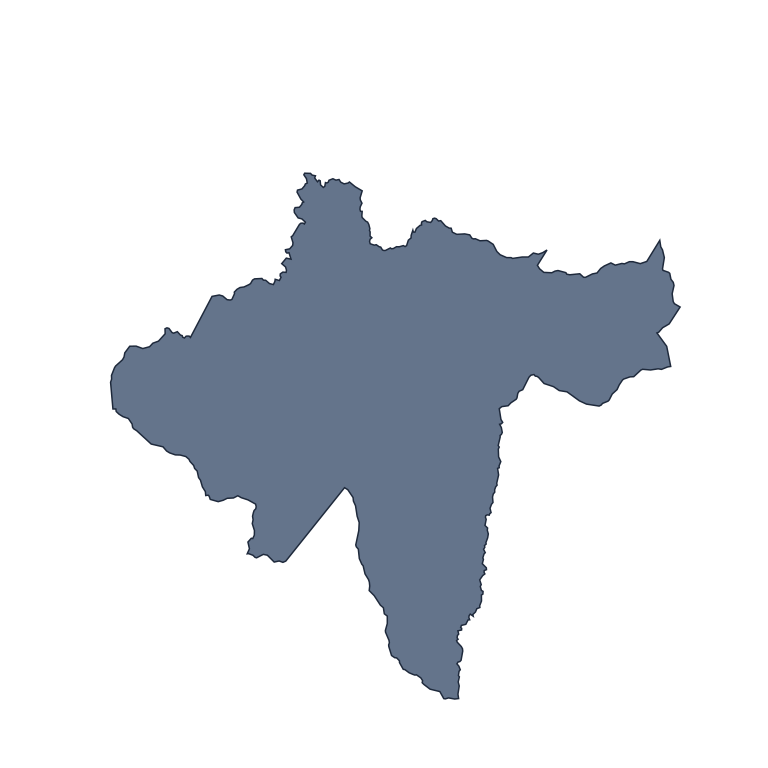 outline of Camapuã, Mato Grosso do Sul, Brazil, rotated 27°
{"feature_id": "56859067B86887033099940", "entity_name": "Camapuã", "entity_type": "district", "adm_level": 2, "iso_a3": "BRA", "parent_name": "Brazil", "parent_adm1": "Mato Grosso do Sul", "projection": "natural_earth1", "projection_center": [-53.845, -19.324], "detail": "fine", "context": "isolated", "style": "filled", "palette": "slate", "viewbox_px": 768, "rotation_deg": 27, "n_neighbors": 0, "source": "geoboundaries", "source_scale": "gbopen_adm2", "svg_char_len": 6170}
<svg xmlns="http://www.w3.org/2000/svg" viewBox="0 0 768 768"><g transform="rotate(27 384 384)"><path d="M566.4,523.8L564.5,523.7L561.7,520.7L561.7,518.6L558.2,515.1L558.9,509.9L560.1,507.4L558.6,506.3L558.0,504.7L559.6,502.9L558.6,501.3L553.2,499.5L552.2,495.1L551.0,494.1L550.3,490.0L550.8,488.3L547.7,486.0L548.0,483.8L546.9,482.3L547.7,480.2L546.8,479.1L546.2,474.0L545.0,470.2L542.4,467.4L541.7,465.3L538.2,464.2L536.5,458.2L534.9,456.7L534.4,455.1L535.4,453.7L537.3,453.1L537.1,451.5L537.8,450.0L534.9,446.6L534.4,442.4L534.9,440.1L532.0,435.4L531.3,432.4L531.8,430.1L530.6,428.0L530.2,424.8L530.7,422.8L529.5,421.3L527.4,413.0L523.5,407.6L524.7,406.3L523.7,404.7L523.3,400.1L519.2,396.9L515.4,390.1L515.3,387.9L513.7,387.0L511.6,378.5L510.8,377.1L511.5,375.7L511.4,373.5L508.3,369.5L505.3,367.4L506.7,366.1L507.2,364.3L504.3,362.5L497.9,353.7L499.2,350.7L504.5,347.0L505.6,343.2L508.7,337.6L508.8,336.0L507.5,331.7L507.7,329.1L510.2,326.1L510.1,312.2L510.9,309.5L513.3,307.5L515.2,308.3L517.0,307.7L518.9,308.0L526.4,310.9L536.2,309.4L543.1,310.3L550.6,307.9L565.8,310.3L573.5,310.0L585.7,306.0L587.1,304.1L587.5,302.1L591.4,297.6L591.9,296.0L591.9,289.3L594.2,283.2L594.0,278.0L594.7,272.2L595.3,270.8L599.9,266.0L603.2,264.1L606.5,255.1L607.7,253.5L615.1,250.5L621.4,246.0L624.6,245.0L629.0,240.0L631.5,238.2L618.8,222.1L604.0,214.6L605.3,213.1L606.7,207.4L610.8,201.0L612.9,181.0L606.3,180.6L604.3,179.3L599.8,172.8L597.7,164.6L595.6,162.1L592.1,160.4L588.4,155.7L586.8,155.3L581.0,156.1L579.9,155.0L576.4,144.1L571.3,138.1L568.3,136.1L564.5,130.8L562.5,155.5L557.7,160.4L550.3,162.0L547.1,163.6L543.7,167.8L541.2,168.6L536.1,173.1L531.2,173.1L526.7,178.8L524.6,182.7L523.4,188.4L519.7,191.3L515.1,197.5L513.4,198.3L508.4,196.9L500.0,202.3L497.0,203.2L495.5,202.2L487.5,203.9L485.1,205.8L483.0,208.7L475.7,212.0L470.3,210.7L466.8,208.6L468.4,190.6L465.8,194.9L462.6,198.3L457.6,199.5L455.0,205.3L449.5,208.1L441.6,213.7L439.8,213.7L435.9,215.7L428.8,216.1L424.4,214.7L417.9,210.0L411.7,209.3L410.2,209.5L404.5,212.8L399.4,213.1L397.9,214.1L396.1,214.2L392.7,212.2L387.8,213.6L380.9,217.6L376.0,217.7L373.1,214.7L371.3,215.5L367.0,215.3L360.4,212.7L358.6,214.0L355.4,213.0L353.7,213.3L352.5,214.5L352.8,216.5L352.2,218.9L348.5,220.0L346.5,219.5L344.2,222.1L344.3,223.7L345.3,225.2L344.1,226.3L342.3,230.7L342.6,234.7L341.1,235.3L339.9,233.9L340.7,239.2L341.8,241.6L340.4,244.8L341.3,250.4L340.4,252.0L338.4,251.9L335.3,254.8L332.8,256.0L330.8,259.1L329.2,260.1L327.9,259.9L324.7,264.3L323.4,265.1L321.8,265.3L318.9,263.5L317.4,263.9L313.9,263.4L312.3,264.7L308.0,265.3L306.4,263.5L305.9,261.4L306.8,259.2L304.4,258.5L302.6,254.8L301.3,253.7L300.9,252.0L298.0,248.7L295.9,247.2L293.9,247.2L289.0,245.6L288.0,244.4L286.2,240.1L284.7,240.8L283.2,239.2L282.4,236.9L282.3,232.9L279.4,230.8L278.2,229.0L276.9,221.8L268.8,221.3L261.5,219.7L260.7,221.3L257.6,223.8L253.8,223.8L251.1,222.2L248.6,224.2L245.3,224.3L242.5,227.4L242.7,229.6L241.7,230.9L240.4,231.1L241.5,234.8L240.7,236.4L237.1,235.4L234.9,231.9L233.5,231.9L232.9,234.0L228.7,231.9L228.4,229.6L225.2,230.5L222.9,229.7L217.6,232.2L217.6,234.0L221.7,236.3L224.4,239.8L223.1,241.5L223.3,243.4L222.3,247.5L218.9,250.5L219.4,252.5L226.0,257.0L229.8,258.3L228.9,259.7L229.2,261.3L228.4,264.9L224.7,267.2L224.9,269.7L226.3,271.9L232.1,275.0L235.9,274.2L240.5,275.5L240.4,277.6L238.8,277.4L236.9,278.5L236.2,280.2L235.3,293.3L234.5,295.0L238.8,299.5L239.7,302.0L238.6,306.4L235.2,309.1L236.4,310.8L238.1,311.4L239.8,310.2L244.5,315.0L239.8,316.2L238.2,323.2L243.1,324.4L245.4,326.8L246.1,329.0L243.1,330.2L241.6,333.0L242.4,334.9L243.8,335.6L243.8,339.3L239.5,340.1L240.2,342.1L240.3,345.6L236.4,346.5L231.5,345.3L229.4,346.2L227.3,345.4L220.9,349.1L219.7,351.1L219.5,355.1L218.6,356.7L215.2,361.1L211.9,363.4L210.0,366.4L208.9,370.1L209.8,371.4L210.1,377.7L208.9,379.0L205.9,380.1L200.4,378.8L196.8,379.5L191.0,384.0L190.4,430.4L188.9,429.8L187.7,430.2L186.0,431.2L185.3,433.6L183.4,433.7L182.2,432.5L180.4,432.8L176.1,431.2L173.5,434.2L171.8,434.4L167.2,432.1L165.1,432.5L163.8,434.2L166.2,438.6L163.6,448.2L159.5,452.6L158.2,457.2L153.0,461.9L145.9,462.8L140.3,465.8L138.9,473.9L140.1,477.9L140.0,481.1L136.7,489.8L136.5,491.8L137.3,500.1L139.1,503.3L139.6,506.6L153.8,529.3L156.4,528.0L157.9,530.1L161.7,531.2L166.3,531.6L171.9,530.8L177.7,534.0L179.6,536.6L181.1,537.5L184.9,537.9L203.8,543.2L215.6,540.3L220.7,542.4L224.2,542.7L230.2,541.9L234.7,539.8L240.4,538.6L244.4,539.6L246.3,541.1L251.4,543.0L253.6,545.2L257.1,546.4L261.3,551.6L264.1,553.0L268.9,558.1L273.7,561.0L275.8,564.3L277.8,562.9L279.1,563.3L281.6,565.7L289.7,564.1L293.5,560.6L296.2,557.0L301.6,553.9L304.5,549.9L308.4,550.1L315.4,549.0L324.1,549.3L325.8,551.3L326.4,553.4L325.7,555.7L326.0,557.8L326.9,561.5L329.0,564.4L330.0,568.2L335.1,573.4L337.1,577.6L337.2,581.3L335.8,581.7L334.5,586.6L338.9,591.9L339.2,597.4L340.5,596.6L345.1,596.1L347.8,597.0L349.4,596.7L353.8,590.6L357.8,589.5L367.0,592.5L370.9,589.3L374.9,588.8L376.9,586.4L395.9,494.3L399.7,494.6L408.0,499.2L409.9,502.2L413.9,505.4L420.1,514.0L424.8,518.7L428.1,526.1L431.9,540.2L433.2,541.6L436.1,542.8L441.3,550.8L446.1,554.7L447.9,555.4L453.3,561.8L459.0,565.3L460.9,567.2L463.0,570.5L464.6,574.8L471.3,577.0L481.2,582.7L485.0,583.6L488.6,588.6L492.3,589.3L495.7,596.0L497.1,602.9L498.0,604.4L504.9,610.2L506.3,612.2L506.6,614.4L507.6,615.9L514.0,622.5L517.8,623.0L519.6,622.3L523.4,623.6L524.3,625.2L530.7,629.5L532.3,629.0L537.4,629.9L541.8,629.6L543.8,629.3L544.8,628.4L550.1,629.1L553.1,630.8L553.6,632.8L556.0,633.6L563.6,635.0L573.4,632.7L580.1,637.2L581.6,636.7L584.0,634.4L590.0,632.6L593.3,630.4L590.7,626.8L588.1,618.9L585.4,615.8L584.1,610.7L582.7,610.0L581.3,605.9L581.7,604.0L578.8,601.4L576.0,600.2L576.2,598.1L577.6,596.9L578.1,595.2L575.4,586.2L574.1,584.2L572.0,582.8L566.5,580.8L565.1,579.6L565.9,577.8L564.4,577.0L563.6,574.8L564.1,572.9L561.9,570.4L564.8,568.0L564.1,566.4L562.8,566.1L562.6,563.9L566.0,561.0L566.0,556.1L567.4,555.2L565.6,553.5L565.0,551.8L565.3,549.9L568.9,550.4L567.8,549.1L569.0,545.6L568.7,542.1L570.9,539.6L569.9,538.1L569.4,533.1L566.6,527.8L567.5,526.3L566.4,523.8Z" fill="#64748b" stroke="#1e293b" stroke-width="1.5"/></g></svg>